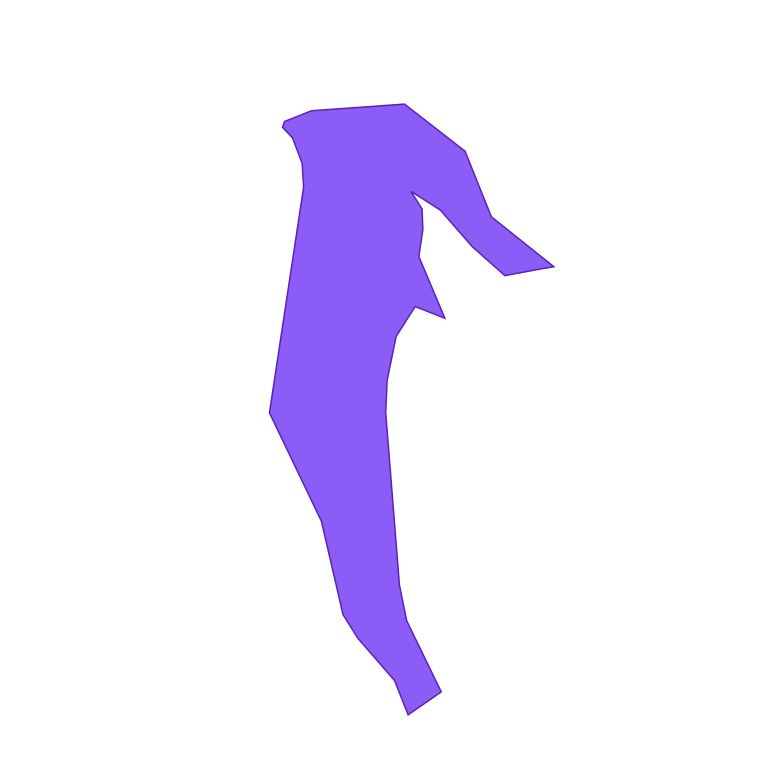 an SVG outline of Trieste, rotated 223°
{"feature_id": "ITA-5458", "entity_name": "Trieste", "entity_type": "Province", "adm_level": 1, "iso_a3": "ITA", "parent_name": "Italy", "parent_adm1": "", "projection": "robinson", "projection_center": [13.755, 45.694], "detail": "fine", "context": "isolated", "style": "filled", "palette": "violet", "viewbox_px": 768, "rotation_deg": 223, "n_neighbors": 0, "source": "natural_earth", "source_scale": "10m", "svg_char_len": 603}
<svg xmlns="http://www.w3.org/2000/svg" viewBox="0 0 768 768"><g transform="rotate(223 384 384)"><path d="M140.7,158.5L174.0,174.3L229.7,180.2L256.7,187.4L320.7,230.5L336.1,240.9L448.1,284.8L577.0,473.1L594.4,489.6L618.7,501.6L633.3,502.5L634.1,504.4L635.8,508.2L623.4,534.4L592.5,567.6L559.9,602.7L483.4,609.5L419.5,579.5L339.8,585.6L351.1,570.7L369.5,545.7L413.0,544.6L461.3,549.6L495.7,543.3L475.4,537.9L460.7,523.2L445.5,501.0L384.3,473.6L414.0,461.9L407.6,427.2L384.0,388.5L363.2,364.2L235.6,247.5L205.9,226.3L132.2,197.9L140.7,158.5Z" fill="#8b5cf6" stroke="#5b21b6" stroke-width="1.5"/></g></svg>